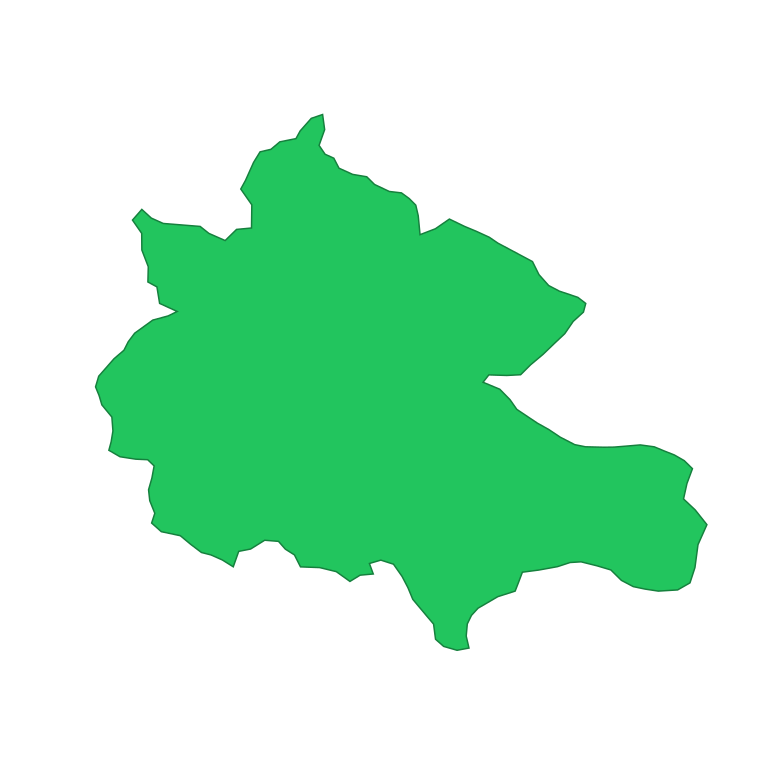 outline of Cássia dos Coqueiros, São Paulo, Brazil, rotated 257°
{"feature_id": "56859067B80164547414352", "entity_name": "Cássia dos Coqueiros", "entity_type": "district", "adm_level": 2, "iso_a3": "BRA", "parent_name": "Brazil", "parent_adm1": "São Paulo", "projection": "natural_earth1", "projection_center": [-47.145, -21.267], "detail": "fine", "context": "isolated", "style": "filled", "palette": "green", "viewbox_px": 768, "rotation_deg": 257, "n_neighbors": 0, "source": "geoboundaries", "source_scale": "gbopen_adm2", "svg_char_len": 2115}
<svg xmlns="http://www.w3.org/2000/svg" viewBox="0 0 768 768"><g transform="rotate(257 384 384)"><path d="M446.1,102.3L436.8,103.8L427.1,104.4L413.0,111.4L399.2,109.3L389.0,105.1L381.3,101.0L372.5,110.4L366.6,125.2L363.4,136.7L355.9,141.6L344.6,136.7L333.9,130.8L323.0,129.5L309.6,131.6L300.8,126.3L290.2,133.8L282.0,151.4L271.1,159.7L260.9,168.2L256.4,176.9L248.9,186.9L239.8,196.0L253.6,204.8L253.2,216.9L258.6,232.6L254.4,245.8L245.3,250.7L237.6,258.3L224.6,261.5L219.6,280.0L211.9,295.3L199.3,306.4L203.1,317.7L201.3,330.8L212.4,329.4L213.1,341.3L206.3,352.7L192.5,358.3L180.2,361.5L167.7,363.6L148.4,373.4L138.9,378.3L123.7,376.8L114.9,383.1L108.1,395.3L107.6,407.4L119.9,407.4L131.5,411.2L138.9,417.2L144.4,425.2L151.2,447.1L152.7,465.2L160.5,470.5L169.5,476.5L167.9,492.9L167.0,512.0L168.2,525.2L166.4,536.0L158.9,550.7L151.8,563.2L139.3,571.1L130.5,581.3L125.5,592.1L120.5,604.7L117.3,623.8L121.4,637.4L135.2,645.7L156.8,653.8L174.3,667.0L191.3,658.9L204.6,650.0L218.9,656.8L232.1,665.5L241.8,659.3L249.5,651.0L255.5,642.3L262.0,633.2L267.0,620.0L269.1,605.3L270.8,593.8L272.9,584.1L277.5,566.2L282.0,556.2L292.6,543.7L302.4,534.5L311.5,524.5L329.4,507.7L340.3,503.3L352.9,495.6L363.4,480.9L369.3,488.2L364.7,505.6L362.3,519.2L369.7,531.1L377.2,545.8L385.1,559.0L392.4,571.5L402.4,582.4L409.2,594.5L417.1,598.7L424.8,592.4L435.0,575.8L442.9,566.6L455.7,559.6L469.9,556.2L486.9,536.7L495.6,526.7L503.3,519.6L512.1,508.2L519.4,498.0L530.0,484.8L523.7,469.0L521.4,452.7L540.2,455.2L551.1,455.2L559.0,450.3L566.3,444.0L570.4,432.5L580.5,419.7L589.8,413.8L595.3,400.6L604.4,388.7L615.3,385.9L621.1,378.3L631.1,374.4L645.2,383.4L660.4,384.8L659.2,372.9L649.5,359.3L642.9,353.4L643.4,337.0L638.1,326.6L638.1,315.5L629.3,306.8L613.6,294.9L606.2,288.3L588.3,295.5L565.8,290.0L567.8,275.1L559.5,261.5L570.1,247.3L578.9,240.3L590.1,205.0L598.0,194.6L608.6,187.3L600.3,175.8L585.3,181.8L569.0,178.2L551.3,180.7L536.5,176.9L529.7,184.6L513.0,183.5L501.2,198.8L498.9,189.0L498.3,173.1L489.6,152.5L482.8,144.4L475.4,138.2L469.4,126.7L455.8,107.8L446.1,102.3Z" fill="#22c55e" stroke="#15803d" stroke-width="1.5"/></g></svg>